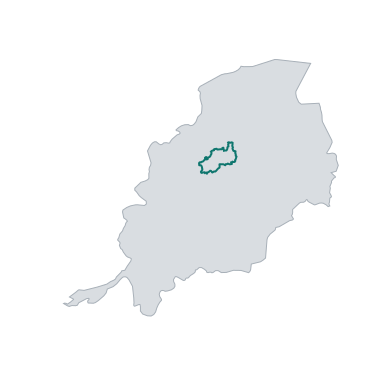 location of Uruzgan within Afghanistan, rotated 168°
{"feature_id": "AFG-1752", "entity_name": "Uruzgan", "entity_type": "Province", "adm_level": 1, "iso_a3": "AFG", "parent_name": "Afghanistan", "parent_adm1": "", "projection": "robinson", "projection_center": [66.006, 32.797], "detail": "fine", "context": "in_parent", "style": "outline", "palette": "teal", "viewbox_px": 384, "rotation_deg": 168, "n_neighbors": 0, "source": "natural_earth", "source_scale": "10m", "svg_char_len": 7412}
<svg xmlns="http://www.w3.org/2000/svg" viewBox="0 0 384 384"><g transform="rotate(168 192 192)"><path d="M167.8,106.8L175.2,106.2L180.1,107.1L182.7,109.6L185.3,110.2L187.8,109.0L189.3,108.8L189.9,109.5L191.2,109.9L193.1,109.8L194.2,110.4L194.4,111.9L195.9,113.8L198.4,116.1L200.7,116.6L203.6,114.9L204.6,115.1L205.1,114.5L205.4,113.2L207.2,112.0L210.5,110.8L212.3,109.8L213.0,109.0L214.1,108.7L215.3,109.0L216.1,108.7L216.8,107.5L217.9,107.1L218.9,107.3L223.5,111.5L225.3,112.7L226.1,112.5L228.3,110.2L228.6,108.2L227.9,105.5L228.3,103.3L229.8,101.7L232.5,100.6L236.5,100.3L239.0,100.5L239.9,101.3L241.1,101.8L242.7,101.9L244.1,100.9L245.3,98.9L245.3,96.4L244.2,93.4L244.4,92.4L246.4,90.9L248.5,88.7L250.6,85.8L252.5,82.3L254.9,80.1L257.8,79.2L261.4,80.2L265.6,82.9L267.2,86.3L266.3,90.4L266.2,92.6L267.1,93.0L271.8,92.2L272.5,92.8L272.4,93.9L271.8,95.6L271.0,100.4L269.8,112.2L271.9,119.2L273.4,122.0L274.8,122.9L276.2,123.2L277.6,123.0L280.5,121.2L284.7,117.9L288.9,115.8L295.0,114.7L297.0,111.1L299.8,108.8L306.1,105.3L309.6,103.9L311.6,103.7L316.6,105.0L316.9,106.1L316.6,107.2L315.2,108.2L314.8,108.9L315.3,109.5L317.3,109.6L325.8,107.2L327.7,105.1L329.5,105.0L333.1,105.9L335.9,105.6L337.4,106.5L340.8,109.6L339.7,109.8L338.2,109.2L337.3,108.2L333.9,109.5L330.2,111.5L330.3,112.0L333.7,114.8L326.7,118.0L323.6,119.7L322.8,119.8L318.0,118.2L304.6,118.7L294.4,119.6L290.5,121.2L286.8,122.0L284.9,122.8L283.7,124.5L278.1,128.2L277.1,129.5L274.0,129.4L270.8,132.9L266.2,137.2L265.2,139.2L266.0,140.2L268.5,141.8L269.7,143.2L271.6,147.3L272.3,150.2L273.5,151.5L274.1,154.9L273.0,156.9L273.1,157.9L274.7,160.5L274.3,161.3L273.1,162.5L271.3,165.9L268.0,168.4L266.7,170.6L264.4,173.0L263.4,175.0L262.4,176.2L261.3,176.8L261.6,177.9L262.6,179.2L264.1,180.8L264.1,187.0L263.3,188.7L259.1,190.4L255.1,191.2L250.1,191.2L248.2,190.9L241.3,188.7L239.1,189.8L238.7,192.5L242.7,197.0L244.4,199.4L246.2,203.6L247.6,205.7L247.1,207.7L240.0,212.1L235.5,212.5L232.7,213.3L231.3,214.4L230.4,219.0L229.4,220.8L229.4,222.8L228.5,225.1L227.0,226.6L226.0,229.0L227.0,241.4L222.9,246.3L220.6,248.1L218.4,248.9L216.6,248.6L214.3,245.8L212.7,244.7L211.1,244.9L209.4,245.9L206.9,245.6L204.6,244.6L203.5,244.7L202.9,245.7L200.5,247.8L194.7,251.0L192.3,251.3L191.3,252.1L191.7,253.4L192.8,254.5L194.6,255.3L194.7,256.1L191.7,257.8L188.7,258.9L185.2,259.3L181.6,258.7L179.8,257.2L177.6,257.1L175.6,258.1L173.5,259.9L170.7,264.2L166.5,266.9L165.5,269.6L164.2,274.5L164.6,281.6L164.1,284.8L163.2,286.9L163.4,288.5L164.8,290.4L164.2,291.6L163.0,293.0L161.9,293.7L139.0,300.6L135.3,300.8L133.4,300.5L126.9,300.5L124.2,301.0L121.5,301.9L119.5,303.1L117.9,304.8L115.2,303.8L106.7,302.1L83.6,304.4L81.4,303.9L49.2,293.1L69.4,268.9L70.0,266.9L70.1,262.9L68.9,257.6L66.9,255.2L49.3,252.4L48.8,248.2L49.1,246.4L48.8,242.9L48.9,240.1L49.7,235.6L49.8,233.6L44.5,213.4L44.6,211.4L47.9,206.8L52.1,202.3L51.9,201.5L49.9,201.0L46.7,200.9L45.0,200.2L43.7,199.0L43.2,197.1L44.1,193.9L43.4,187.6L46.7,182.3L51.9,182.0L49.3,178.1L48.8,177.7L48.6,177.1L48.9,176.4L50.2,176.2L53.3,173.7L53.5,172.3L56.0,168.7L55.9,167.0L57.6,162.7L56.7,159.9L56.6,158.3L58.5,157.3L59.7,153.3L60.4,152.3L60.5,151.3L60.1,149.7L61.9,149.4L63.4,151.5L65.9,153.7L67.5,154.3L69.5,154.6L74.1,153.9L75.0,154.0L79.7,157.9L80.5,158.8L80.9,160.4L81.6,160.8L83.3,159.3L84.9,158.8L87.9,159.3L89.5,158.7L97.2,154.0L97.8,151.0L98.6,149.2L99.6,148.2L98.4,144.7L98.9,144.0L99.9,143.7L102.4,143.7L114.0,139.9L117.1,139.9L117.7,139.6L117.9,138.6L118.8,137.4L124.3,134.6L127.5,131.8L128.6,129.6L133.8,112.1L136.6,110.6L139.5,109.5L149.0,109.2L150.8,103.8L151.7,102.5L153.3,101.3L160.4,105.1L167.8,106.8Z" fill="#d9dde1" stroke="#a8b0b8" stroke-width="1"/><path d="M175.5,207.9L175.8,208.7L176.3,208.8L178.5,208.7L178.8,208.8L179.0,209.2L179.1,209.6L179.1,209.8L179.0,210.0L178.6,210.2L178.5,210.3L178.4,210.5L178.1,210.9L177.4,211.4L177.3,211.5L177.2,211.9L177.2,212.0L177.1,212.4L177.2,213.1L177.2,213.3L177.1,213.7L177.1,214.1L177.2,215.0L177.3,215.4L177.4,215.8L177.6,216.1L177.8,216.2L178.0,216.4L179.1,216.6L179.3,216.7L179.2,218.2L179.2,218.3L179.1,218.6L178.9,219.0L178.7,219.2L178.4,219.3L178.2,219.4L177.9,219.3L177.7,219.3L177.5,219.1L177.3,219.1L177.1,219.1L176.7,219.4L176.5,219.5L175.9,219.5L175.3,219.5L175.0,219.6L174.8,219.7L174.6,219.8L173.3,220.7L172.9,221.0L172.6,221.3L172.2,221.8L172.1,222.0L172.2,222.4L172.2,222.6L172.1,222.8L171.8,222.9L171.3,223.2L171.1,223.2L170.9,223.2L170.7,223.1L170.7,222.9L170.7,222.7L171.2,221.3L171.2,221.1L171.2,220.9L170.8,220.8L169.9,220.9L169.3,222.1L168.9,222.4L167.9,222.5L166.9,223.0L166.7,223.2L166.5,223.6L166.2,224.0L165.2,225.1L165.0,225.4L165.0,225.6L165.0,226.0L164.7,226.7L164.7,226.9L164.7,227.0L164.8,227.3L165.0,227.5L164.5,227.9L164.4,228.0L164.2,228.1L162.8,228.3L162.6,228.4L162.3,228.3L162.2,228.2L161.8,228.3L161.8,228.6L161.8,228.8L161.8,229.0L161.7,229.1L160.9,229.3L159.6,229.2L159.3,229.2L159.1,229.2L158.9,229.1L158.8,228.9L158.5,228.6L158.5,228.4L158.4,228.3L158.1,228.2L157.2,228.1L156.1,228.0L155.7,227.9L155.1,227.9L154.3,227.7L154.1,227.6L153.7,227.7L153.5,227.8L153.4,227.8L153.3,228.0L153.0,228.4L153.0,228.6L152.9,228.6L152.7,228.8L152.3,228.8L152.2,228.8L152.1,228.7L152.2,227.9L152.1,226.5L152.1,226.1L152.2,225.9L152.2,225.7L151.7,225.7L151.5,225.8L149.9,225.5L149.7,225.5L149.4,225.7L148.6,226.7L148.4,227.0L148.3,227.3L148.2,227.7L148.2,228.0L148.0,228.3L147.8,228.6L147.7,228.7L147.3,228.9L146.9,229.0L146.8,229.3L146.8,229.5L146.8,230.1L146.9,230.6L146.8,230.8L146.6,230.9L146.5,231.0L146.4,231.2L146.3,231.6L146.2,231.8L146.1,232.0L146.5,232.8L146.4,232.9L146.2,232.9L145.9,233.0L145.6,232.9L145.3,232.8L144.5,232.3L144.2,232.2L143.1,232.3L142.8,232.3L142.6,232.2L142.3,231.8L142.1,231.7L142.4,230.3L142.6,229.8L142.8,229.5L142.8,229.3L142.9,229.2L142.9,228.8L143.0,228.6L143.0,228.3L142.9,227.7L142.8,227.3L142.7,227.2L142.8,226.9L143.2,226.4L143.3,226.1L143.4,225.9L143.3,225.5L143.2,225.1L143.0,223.9L142.9,223.7L142.6,223.6L142.4,223.4L142.3,223.2L142.2,223.1L141.8,223.2L141.7,223.2L141.4,223.0L141.2,222.9L141.0,222.7L141.3,221.9L141.6,220.6L141.5,220.4L141.5,220.2L141.4,220.1L141.4,219.8L141.4,219.6L141.6,218.6L141.7,218.4L141.6,218.2L141.5,217.9L141.3,217.8L141.2,217.7L141.1,217.4L142.4,215.1L142.6,214.8L142.9,214.6L143.2,214.2L143.3,214.0L143.3,213.9L143.3,213.7L143.2,213.4L143.3,213.3L143.4,213.2L143.9,212.7L144.0,212.6L144.5,212.6L145.2,212.7L145.8,213.1L146.0,213.2L146.2,212.9L146.3,212.8L146.4,212.7L146.7,212.6L146.9,212.7L147.1,212.8L147.4,213.0L147.5,213.0L147.6,212.9L147.5,212.7L147.3,211.9L147.2,211.4L147.2,211.2L147.4,211.1L149.0,211.2L149.3,211.3L149.5,211.3L150.9,212.2L151.0,212.3L151.2,212.2L151.6,212.1L151.8,212.0L152.1,212.0L152.3,212.0L153.0,212.2L153.3,212.0L153.6,211.6L153.8,211.4L154.0,211.3L154.3,211.5L155.1,212.3L155.6,212.6L158.2,213.2L158.9,213.4L159.2,213.3L159.3,213.3L159.4,213.1L159.5,212.9L159.5,212.6L159.5,212.4L159.5,212.2L159.8,210.8L159.9,210.4L160.0,210.2L160.8,209.8L161.2,209.7L161.8,209.4L164.3,207.5L164.7,207.3L165.0,207.2L165.3,207.2L165.7,207.4L165.9,207.5L166.2,207.5L166.5,207.4L167.5,207.0L167.8,206.9L168.1,206.9L168.2,207.0L168.5,207.5L168.6,207.9L168.6,208.0L168.9,208.5L169.2,208.8L169.8,209.0L171.3,208.2L171.8,208.0L172.3,208.0L172.6,207.9L172.8,207.7L173.1,207.5L173.5,207.0L173.6,206.9L173.8,207.0L173.8,207.5L173.9,208.0L174.0,208.1L174.5,208.1L174.8,208.1L175.5,207.9Z" fill="none" stroke="#0f766e" stroke-width="2"/></g></svg>